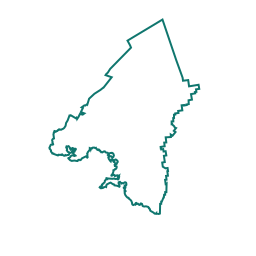 Glenorchy, Tasmania, Australia (Equal Earth projection), rotated 161°
{"feature_id": "25037944B30082174620136", "entity_name": "Glenorchy", "entity_type": "district", "adm_level": 2, "iso_a3": "AUS", "parent_name": "Australia", "parent_adm1": "Tasmania", "projection": "equal_earth", "projection_center": [147.273, -42.832], "detail": "fine", "context": "isolated", "style": "outline", "palette": "teal", "viewbox_px": 256, "rotation_deg": 161, "n_neighbors": 0, "source": "geoboundaries", "source_scale": "gbopen_adm2", "svg_char_len": 5888}
<svg xmlns="http://www.w3.org/2000/svg" viewBox="0 0 256 256"><g transform="rotate(161 128 128)"><path d="M60.1,219.3L100.0,210.8L99.1,205.2L99.0,203.0L125.6,189.7L129.1,186.9L131.0,186.1L132.0,185.3L126.9,181.3L137.9,174.2L138.0,174.3L141.6,173.0L148.6,171.3L155.2,168.4L158.7,163.6L158.8,163.9L161.0,163.1L161.9,163.6L165.1,162.6L164.1,161.6L167.4,158.4L164.5,156.0L166.5,155.4L168.9,156.9L171.3,154.5L172.9,153.3L172.7,154.1L173.1,154.6L173.9,153.9L178.0,158.7L178.9,158.4L179.3,158.8L182.6,154.8L184.9,152.9L186.3,150.4L188.2,148.9L189.4,148.4L190.5,148.4L191.5,148.1L192.8,148.5L193.0,148.9L193.4,148.8L193.9,149.1L194.3,148.7L195.1,148.8L195.7,148.2L196.2,148.3L197.4,148.0L197.6,148.0L197.7,148.6L198.5,149.1L199.8,147.6L199.7,147.4L200.6,146.2L201.4,142.2L202.3,142.2L203.3,141.7L203.8,140.9L203.8,139.6L204.2,138.9L204.0,138.1L204.1,136.9L204.6,136.7L205.8,137.3L206.3,137.3L206.7,137.1L208.8,134.8L208.6,134.2L208.8,133.7L208.5,133.1L208.1,131.9L208.2,131.5L208.5,131.0L208.4,130.4L207.5,128.7L206.2,127.6L207.3,128.4L207.5,128.3L203.4,125.0L203.1,124.9L202.8,125.2L202.6,125.1L202.2,125.3L201.6,124.9L200.8,124.8L200.0,124.2L199.5,124.1L198.9,124.5L198.3,123.5L197.6,122.7L196.9,122.4L196.6,122.7L196.0,122.8L195.9,122.5L195.3,122.2L194.0,122.2L193.0,121.9L192.4,122.2L191.2,123.8L192.7,125.1L193.1,126.7L192.9,126.8L192.9,127.2L192.3,128.0L192.5,128.9L192.8,129.5L192.7,129.9L192.2,130.5L192.0,130.2L191.5,130.0L190.7,130.3L190.1,130.2L189.3,128.1L189.5,127.4L189.3,126.1L188.7,126.1L187.8,126.5L187.6,127.0L187.3,127.2L186.8,127.1L186.3,126.4L186.8,125.7L186.9,125.3L186.4,125.4L185.7,125.9L184.4,125.5L184.2,125.3L184.2,125.1L184.4,124.6L185.2,124.3L186.3,123.0L186.7,123.0L186.9,123.3L187.1,123.2L188.1,124.2L188.9,123.8L189.3,123.3L189.0,123.3L188.6,122.7L187.8,121.5L187.6,120.1L187.2,119.6L186.7,119.3L186.6,119.0L187.9,119.0L188.7,119.9L189.7,120.3L190.4,120.3L191.4,120.0L192.2,119.2L193.2,118.9L194.1,119.0L194.3,118.7L193.2,116.4L191.9,115.2L189.3,114.7L186.8,113.3L186.4,113.2L185.6,113.9L185.1,114.0L184.5,113.9L184.1,113.5L184.1,113.3L184.5,113.3L183.2,113.1L181.4,114.3L176.8,114.9L176.5,114.7L176.5,114.0L176.2,113.3L175.7,113.5L175.2,115.9L174.9,116.3L174.9,117.2L174.3,117.6L173.9,118.2L171.3,119.8L170.7,121.4L170.2,120.9L169.8,120.9L169.9,120.2L169.1,121.2L169.2,120.7L168.9,120.7L168.6,120.4L167.6,120.9L166.3,120.5L165.5,119.6L164.8,119.7L164.7,118.9L164.2,118.0L164.2,117.5L163.9,117.2L163.1,117.4L162.5,117.1L162.3,116.5L162.5,116.2L161.7,115.6L161.8,114.9L161.5,114.3L161.0,114.1L161.0,113.8L160.7,113.8L160.2,113.3L158.6,113.7L157.9,113.6L157.4,113.3L157.3,112.7L156.7,111.9L155.3,111.2L154.9,110.4L154.9,109.5L155.9,109.0L155.7,108.4L154.8,108.4L154.8,109.3L154.1,110.0L152.9,110.1L152.3,110.0L151.9,109.7L151.3,109.8L150.7,109.3L150.2,108.0L150.3,106.6L151.3,105.4L151.9,105.3L152.6,105.5L153.0,106.6L153.6,107.0L155.5,106.9L156.2,106.5L156.2,105.0L155.5,102.6L155.2,102.0L154.0,103.7L152.9,103.5L152.4,102.7L152.8,102.1L152.8,101.6L152.5,100.5L151.8,100.1L151.8,101.4L151.7,101.6L151.0,102.1L150.1,102.3L149.5,101.9L148.9,100.9L148.6,100.0L148.7,99.3L149.5,98.8L150.5,97.7L151.5,97.6L152.1,98.1L152.6,97.7L152.8,96.3L151.3,95.4L151.3,95.0L151.8,94.0L153.1,93.1L153.9,93.3L154.3,92.9L155.6,92.8L155.7,92.0L156.7,90.6L158.0,89.3L159.1,88.7L159.2,88.4L159.0,88.2L158.2,88.2L156.6,88.4L156.0,87.7L156.0,86.9L155.1,86.7L154.5,86.9L153.4,86.5L153.3,85.6L153.0,85.8L152.9,86.2L153.0,86.6L152.4,86.7L152.9,86.5L152.7,86.3L152.7,85.8L152.8,85.6L153.0,85.3L152.2,85.6L152.4,85.3L152.2,84.8L153.3,83.1L153.9,82.6L154.3,82.7L154.8,83.5L156.5,83.9L157.0,84.2L157.3,84.7L159.2,85.0L163.2,86.7L164.7,87.6L165.1,87.0L164.9,86.4L165.4,86.5L166.5,86.0L167.1,85.6L167.5,84.7L168.0,84.1L169.0,83.9L169.5,83.4L170.2,83.4L171.2,82.8L171.4,82.5L171.3,81.9L171.7,81.6L173.4,81.6L174.1,81.1L173.5,80.0L172.7,79.7L171.1,79.5L170.4,79.9L169.6,79.7L168.3,79.9L168.1,79.9L167.8,79.5L166.9,81.1L166.4,81.5L163.5,82.0L162.2,82.0L160.6,79.8L159.9,79.5L159.5,79.0L159.5,78.2L157.0,76.9L155.3,75.3L155.0,75.5L154.7,76.9L154.9,78.8L154.5,79.7L153.7,79.8L153.1,79.7L152.8,78.7L152.3,78.3L152.3,77.7L151.5,77.9L150.5,77.1L149.0,77.7L148.0,77.4L147.6,76.8L147.8,75.4L148.1,74.7L148.5,74.4L149.4,74.8L150.1,74.3L150.0,73.4L149.7,72.8L150.1,72.2L150.4,72.2L151.1,73.0L151.4,73.0L151.5,72.6L150.9,71.2L151.1,70.5L151.5,70.3L151.5,70.0L150.9,69.5L150.8,69.1L151.1,68.9L151.9,69.0L152.4,67.1L152.3,65.3L151.7,63.5L151.1,62.3L150.5,62.1L150.1,61.5L150.2,61.0L149.1,59.3L148.6,58.0L148.5,56.1L148.7,55.4L148.8,54.7L148.6,53.9L148.0,53.4L146.6,53.6L146.1,53.2L145.9,53.5L145.4,53.4L145.4,54.1L145.1,54.5L144.6,54.5L143.7,53.2L143.2,53.1L142.8,52.1L142.1,51.5L141.3,51.6L140.8,52.4L140.4,52.5L140.1,52.3L139.5,51.7L139.5,49.5L139.1,49.0L138.0,48.4L136.5,48.1L134.6,46.8L134.2,45.7L134.4,45.3L134.3,45.1L134.0,45.1L133.8,44.3L133.7,43.7L133.9,43.1L133.7,42.3L131.5,39.8L130.7,38.4L129.8,38.1L129.6,37.9L129.4,38.0L129.5,37.8L129.1,37.6L127.9,37.3L126.9,36.7L125.7,36.7L122.3,45.8L121.3,45.5L120.6,47.5L120.1,47.3L117.0,50.8L116.7,50.7L115.6,53.1L114.6,52.8L113.7,55.3L112.6,54.9L109.7,62.6L110.1,62.4L110.7,62.5L109.8,66.9L108.4,66.6L107.6,70.3L105.8,69.9L104.9,74.3L104.2,74.2L103.6,77.3L105.7,77.7L107.7,80.1L106.9,84.2L104.3,83.8L103.1,90.0L100.7,89.6L100.0,93.8L102.0,94.2L101.6,96.6L103.5,96.9L103.2,98.2L103.6,98.2L103.3,99.5L99.3,98.8L98.5,102.4L96.5,101.9L95.4,106.9L90.4,105.5L89.7,107.9L88.4,106.2L84.4,108.7L85.6,110.4L82.6,112.3L83.6,113.2L83.8,114.7L84.9,116.6L84.9,117.3L85.5,117.4L84.6,120.0L83.0,119.5L82.0,122.7L81.2,122.5L80.2,125.6L78.9,125.3L78.6,126.4L75.4,125.8L75.0,127.8L70.9,127.0L69.9,132.0L67.6,131.5L67.7,131.0L65.1,130.6L65.0,131.2L62.8,130.8L61.7,134.5L58.3,134.0L57.4,139.5L53.2,138.9L53.0,140.2L51.6,139.9L51.1,142.4L47.9,141.8L47.2,145.9L56.7,147.5L55.5,153.7L60.6,154.8L60.0,157.8L60.3,176.4L60.1,219.3Z" fill="none" stroke="#0f766e" stroke-width="2"/></g></svg>